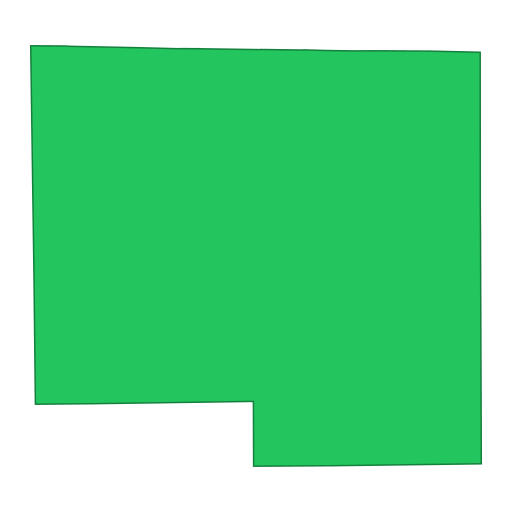 the district of Winnebago, Illinois, United States of America
{"feature_id": "52423323B41764216695730", "entity_name": "Winnebago", "entity_type": "district", "adm_level": 2, "iso_a3": "USA", "parent_name": "United States of America", "parent_adm1": "Illinois", "projection": "robinson", "projection_center": [-89.16, 42.325], "detail": "fine", "context": "isolated", "style": "filled", "palette": "green", "viewbox_px": 512, "rotation_deg": 0, "n_neighbors": 0, "source": "geoboundaries", "source_scale": "gbopen_adm2", "svg_char_len": 507}
<svg xmlns="http://www.w3.org/2000/svg" viewBox="0 0 512 512"><path d="M30.7,45.8L34.0,277.8L35.4,404.2L93.0,403.7L253.4,401.4L253.6,466.2L332.7,465.7L481.3,463.8L480.5,233.2L480.3,202.1L480.2,52.3L477.4,52.2L429.4,51.1L410.7,51.0L408.8,51.0L408.6,51.0L380.3,50.8L352.7,50.9L325.6,50.5L308.1,50.0L304.7,49.9L300.1,50.0L261.3,49.5L259.5,49.6L201.5,48.8L199.5,48.7L181.3,48.6L177.6,48.7L166.0,48.4L138.5,47.7L69.6,46.3L65.4,46.0L65.2,46.0L30.7,45.8Z" fill="#22c55e" stroke="#15803d" stroke-width="1.5"/></svg>